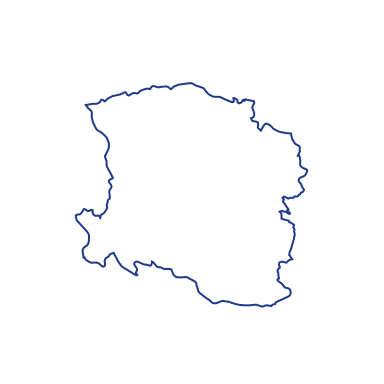 Dien Khanh, Khánh Hòa, Vietnam (Robinson projection), rotated 297°
{"feature_id": "81297802B57264474428475", "entity_name": "Dien Khanh", "entity_type": "district", "adm_level": 2, "iso_a3": "VNM", "parent_name": "Vietnam", "parent_adm1": "Khánh Hòa", "projection": "robinson", "projection_center": [109.047, 12.278], "detail": "fine", "context": "isolated", "style": "outline", "palette": "blue", "viewbox_px": 384, "rotation_deg": 297, "n_neighbors": 0, "source": "geoboundaries", "source_scale": "gbopen_adm2", "svg_char_len": 6037}
<svg xmlns="http://www.w3.org/2000/svg" viewBox="0 0 384 384"><g transform="rotate(297 192 192)"><path d="M277.3,269.7L277.5,269.3L278.1,268.9L280.4,268.0L281.4,267.1L281.6,266.3L281.7,263.4L281.9,261.9L282.3,261.0L284.2,258.0L285.4,256.5L289.1,253.6L287.3,249.4L285.9,244.8L285.3,242.2L285.2,240.9L285.3,235.7L286.2,233.7L286.9,230.8L287.0,228.3L286.6,227.2L286.0,226.4L285.0,226.1L283.6,225.7L278.0,225.5L278.3,224.7L278.8,222.3L279.1,221.7L279.8,221.1L283.0,220.0L283.8,219.2L283.9,218.7L283.8,217.2L283.5,216.2L283.0,214.7L282.8,213.8L283.0,213.0L283.4,212.3L284.6,211.1L285.7,212.2L286.5,212.6L287.0,212.7L289.0,212.4L290.2,211.8L291.2,211.0L293.8,208.1L294.6,207.4L295.3,207.1L296.0,207.0L299.2,207.2L300.1,206.7L301.0,205.9L298.7,197.5L297.8,197.6L297.1,197.3L296.9,197.1L297.3,196.6L297.5,196.1L297.3,195.8L297.0,195.6L295.4,195.5L294.1,195.2L292.3,193.7L292.6,191.9L293.0,191.5L294.2,190.8L294.8,190.0L294.9,187.7L294.6,186.4L294.4,186.2L293.3,187.2L291.6,188.1L291.0,187.9L290.6,187.4L290.0,185.7L289.6,179.9L289.4,174.0L288.9,172.5L287.2,169.1L286.7,167.7L286.5,166.8L286.6,163.3L286.8,161.9L287.4,160.2L289.7,155.2L289.7,154.0L289.3,151.8L288.7,147.5L288.6,146.2L288.9,143.6L288.6,142.1L288.2,141.0L286.1,137.8L281.4,131.2L277.7,128.0L277.0,127.6L275.2,127.1L274.2,126.5L274.0,126.2L274.0,125.6L274.7,123.9L274.7,123.2L274.5,121.5L273.3,119.2L271.5,116.5L269.8,114.3L269.4,111.6L268.9,109.6L268.6,109.1L267.4,108.1L264.6,107.9L264.4,107.4L264.2,106.1L263.6,104.8L260.2,101.3L258.1,99.8L255.6,99.1L255.1,98.7L254.8,98.2L254.3,96.5L253.7,95.0L252.3,93.7L249.3,91.9L249.1,90.7L249.4,89.9L250.4,88.5L250.6,87.6L250.4,86.9L248.9,85.8L246.0,83.3L241.4,77.7L237.3,74.7L233.3,73.3L233.1,72.9L233.5,71.1L233.3,69.7L232.4,69.1L230.9,69.2L228.9,68.4L227.7,67.4L226.9,66.2L225.2,63.1L221.3,57.9L220.6,59.1L219.4,61.8L218.9,63.9L218.4,65.5L217.9,66.2L217.2,66.8L213.6,68.5L212.2,69.4L210.9,70.6L209.0,72.3L205.5,76.9L204.7,78.2L204.1,80.0L203.8,84.5L203.2,87.0L202.5,89.4L201.8,91.1L200.2,93.2L197.8,95.6L195.5,97.0L192.7,98.0L187.0,98.2L184.6,98.1L184.1,98.4L183.1,99.2L182.1,100.5L181.0,101.6L179.9,102.3L177.7,103.4L176.3,104.3L174.4,106.9L172.6,109.6L168.6,115.2L165.5,113.1L164.4,112.9L163.8,113.1L163.1,113.7L161.7,116.4L161.0,117.3L160.3,117.8L159.2,118.1L156.4,117.7L155.2,118.0L154.1,118.4L151.9,120.1L148.9,121.7L148.3,121.5L147.1,120.8L146.4,120.8L144.0,121.6L142.6,121.6L142.0,121.8L141.2,122.3L140.5,123.1L139.7,123.5L138.6,123.7L137.2,123.6L134.7,123.4L133.0,123.0L130.3,121.4L129.7,121.3L129.0,121.4L128.3,121.8L127.4,121.9L128.1,120.8L128.5,119.5L128.5,119.0L127.1,117.3L126.9,116.1L127.0,115.1L127.6,113.7L128.3,112.9L129.1,112.4L130.7,111.8L130.8,111.6L130.7,111.0L130.2,110.2L128.5,108.9L128.0,108.4L127.7,107.8L127.7,107.1L127.9,106.2L128.1,104.1L127.6,103.4L127.1,103.2L125.4,103.3L122.2,102.8L121.7,102.6L121.0,102.0L120.1,100.5L119.5,99.8L118.4,99.1L117.9,99.3L115.0,101.6L114.4,102.3L109.0,116.7L108.2,118.1L106.8,119.7L105.1,120.7L101.2,122.5L98.4,123.0L96.6,122.6L94.8,121.6L92.8,120.8L91.0,120.8L88.9,121.8L85.9,124.1L84.4,125.0L85.0,125.5L84.9,126.1L84.4,126.5L83.6,128.1L83.2,129.8L83.0,131.8L83.2,133.7L83.4,134.8L85.3,137.9L85.8,139.1L86.0,140.2L86.0,141.5L85.8,142.9L85.3,144.1L85.0,146.6L85.9,147.5L87.2,147.7L88.5,147.2L90.4,145.7L91.4,145.3L93.9,145.2L96.2,146.7L97.0,147.0L98.0,147.0L99.1,147.2L100.1,147.9L102.2,149.8L96.2,158.4L93.9,163.0L93.5,165.3L93.2,170.1L92.6,176.9L92.5,180.3L93.3,180.9L93.5,180.2L93.9,179.3L94.7,178.7L95.6,178.5L97.2,178.6L97.9,178.3L98.6,177.7L99.5,176.7L99.9,175.6L100.9,173.9L101.5,173.2L102.5,172.9L103.4,173.0L104.6,173.8L105.3,175.6L105.5,181.0L105.9,182.9L106.6,184.5L107.3,188.1L107.7,188.6L109.5,188.7L110.9,188.4L111.8,188.0L111.7,189.7L110.0,193.5L109.5,195.0L109.6,195.7L110.7,198.3L110.7,201.9L113.3,207.2L113.7,208.6L111.8,210.8L109.7,213.4L109.3,214.5L109.3,216.4L109.0,216.7L110.8,220.8L113.5,225.2L113.8,226.2L113.6,235.2L113.3,236.4L112.9,237.0L110.4,238.8L109.1,240.4L106.8,242.4L106.2,243.1L105.7,244.2L104.8,248.1L103.9,253.4L103.7,256.1L102.7,259.5L102.5,260.9L102.9,262.2L103.9,264.1L108.4,268.1L109.1,269.4L111.0,274.8L111.2,277.5L112.2,282.7L113.1,285.9L115.1,290.7L116.6,293.8L120.2,299.4L120.9,301.0L121.5,305.5L121.9,306.6L122.5,307.5L124.4,309.1L125.1,310.4L126.0,313.1L126.2,314.3L127.6,314.7L128.4,315.1L129.6,316.7L130.1,317.0L130.6,316.9L131.1,316.6L131.6,316.7L134.4,318.7L136.0,320.1L142.9,325.5L144.4,326.1L145.8,326.1L147.0,325.7L148.5,324.6L149.5,323.6L149.8,322.7L149.9,321.8L149.2,318.6L149.1,317.9L150.7,314.7L151.2,313.0L151.7,309.5L152.2,308.1L152.7,307.9L153.5,308.1L154.2,308.7L154.5,308.7L156.3,307.2L158.8,305.8L160.7,303.9L163.2,303.9L164.5,304.6L165.5,303.9L165.9,303.2L166.4,302.7L168.6,301.9L169.1,302.0L170.1,302.9L170.7,303.8L171.3,305.4L171.6,307.3L172.1,308.3L174.6,309.1L175.7,309.8L177.6,311.8L178.9,309.4L179.9,307.8L180.0,307.2L182.4,306.4L186.9,306.0L191.8,305.0L194.6,304.3L196.1,304.2L198.3,303.4L200.0,303.2L201.2,302.6L203.0,301.0L205.2,300.3L206.1,299.1L206.5,298.2L208.9,298.0L209.1,297.6L209.4,295.1L209.4,292.1L210.3,291.4L210.2,290.5L208.9,284.5L209.0,283.7L210.5,283.1L213.0,281.7L213.8,280.5L214.3,279.1L216.1,280.9L216.1,282.5L217.0,284.2L217.1,285.0L216.6,286.9L216.6,288.3L216.9,289.0L217.2,289.1L217.5,289.1L217.8,288.7L218.5,285.8L218.8,285.4L219.4,285.1L220.2,285.8L220.7,285.1L222.4,281.8L223.6,280.1L224.8,277.2L227.1,277.3L227.8,275.4L229.6,276.0L229.9,277.4L229.8,278.6L229.9,279.7L229.8,280.5L230.1,281.1L231.5,282.1L232.3,284.3L232.7,284.7L233.2,285.0L234.6,285.4L235.0,285.9L235.6,287.6L236.5,288.4L237.8,288.4L239.1,289.4L240.8,289.3L242.3,290.6L243.4,290.9L244.2,290.9L244.9,290.7L245.4,290.1L246.4,287.8L248.5,285.8L249.1,284.5L249.6,283.0L250.5,281.9L251.2,281.5L251.7,281.4L253.1,281.6L254.2,282.2L256.8,284.4L258.4,285.2L261.8,285.3L263.3,285.0L263.8,284.5L264.1,283.6L263.8,280.1L263.9,278.9L264.8,276.5L265.4,276.0L266.3,275.5L268.7,274.5L269.6,273.9L270.5,273.1L271.7,272.4L272.8,271.3L273.0,270.9L272.4,269.9L277.3,269.7Z" fill="none" stroke="#1e3a8a" stroke-width="2"/></g></svg>